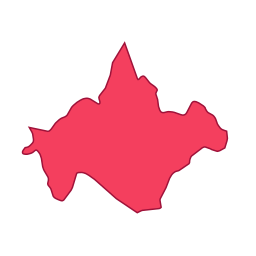 an SVG outline of Sidi Bou Zid, rotated 100°
{"feature_id": "TUN-113", "entity_name": "Sidi Bou Zid", "entity_type": "Governorate", "adm_level": 1, "iso_a3": "TUN", "parent_name": "Tunisia", "parent_adm1": "", "projection": "robinson", "projection_center": [9.5, 34.865], "detail": "fine", "context": "isolated", "style": "filled", "palette": "rose", "viewbox_px": 256, "rotation_deg": 100, "n_neighbors": 0, "source": "natural_earth", "source_scale": "10m", "svg_char_len": 2898}
<svg xmlns="http://www.w3.org/2000/svg" viewBox="0 0 256 256"><g transform="rotate(100 128 128)"><path d="M123.4,28.3L130.8,29.2L134.4,33.7L135.4,35.7L135.4,36.3L135.4,36.8L134.7,41.8L134.1,43.6L133.3,48.4L133.3,49.0L133.4,49.4L133.6,49.9L134.0,50.6L134.6,51.4L144.5,60.5L145.4,61.0L147.7,61.5L149.2,61.6L150.4,61.5L151.0,61.4L151.8,61.5L152.6,61.8L160.8,70.2L161.2,70.7L162.3,73.0L162.6,73.6L163.1,74.2L164.3,75.4L165.4,76.2L166.6,76.9L170.3,78.3L180.1,80.2L191.9,83.9L192.5,84.0L193.2,84.0L193.8,83.9L200.3,81.6L201.1,82.1L201.9,83.3L206.6,99.5L207.3,100.8L209.8,104.2L199.6,127.2L184.4,152.0L181.4,158.3L180.5,160.7L180.1,162.0L179.8,164.2L179.8,165.8L180.5,169.1L180.8,169.6L181.0,170.1L181.4,170.5L181.8,170.7L196.2,172.4L199.0,173.2L209.8,178.6L210.3,179.0L211.0,179.9L211.1,180.5L211.2,181.2L210.7,184.0L210.0,186.7L209.6,187.7L209.3,188.5L208.8,189.0L208.4,189.6L207.8,190.0L201.5,193.3L200.3,194.3L198.3,196.6L197.7,197.0L197.0,197.3L196.4,197.4L193.4,197.3L192.2,197.5L191.6,197.6L190.5,198.1L189.7,198.7L184.7,203.0L183.5,203.9L180.9,205.3L172.9,208.0L169.2,210.0L167.6,211.5L166.3,213.0L165.8,213.9L165.7,214.6L165.9,215.2L166.4,215.7L168.6,217.6L169.5,218.8L170.2,220.1L171.2,222.3L171.4,223.1L171.6,224.2L171.7,225.8L171.5,226.8L171.0,227.4L170.5,227.6L169.9,227.7L169.4,227.7L168.9,227.6L167.8,227.2L165.2,225.9L164.7,224.5L164.1,223.3L163.7,222.7L163.2,222.2L161.9,221.1L159.3,219.4L158.0,218.9L157.0,218.9L155.6,219.1L150.3,220.9L148.6,222.0L144.6,225.3L145.2,206.5L145.0,205.9L144.8,205.3L143.9,204.4L142.4,203.4L136.1,200.4L135.2,199.8L131.8,197.2L130.7,196.1L129.9,195.2L128.0,192.1L126.8,190.8L125.8,190.1L117.4,187.1L116.4,186.5L115.2,185.7L111.6,182.7L108.9,179.7L107.4,177.7L106.9,176.8L106.1,174.7L105.8,173.4L105.8,172.6L105.8,171.9L105.9,171.3L106.1,170.1L109.3,162.1L109.4,161.4L109.4,160.8L109.0,160.3L108.4,160.0L107.1,160.2L106.2,160.6L104.4,161.5L103.2,161.9L102.7,162.0L101.8,161.8L100.8,161.5L92.7,157.2L79.0,154.6L66.3,154.5L44.8,146.1L77.3,127.6L78.5,126.6L78.3,126.0L77.9,125.6L76.0,124.5L75.5,124.1L75.0,123.5L74.6,122.9L74.3,122.3L74.2,121.6L74.5,120.7L75.4,119.4L79.7,114.6L80.5,113.3L81.6,111.0L81.8,110.5L82.8,108.6L84.1,106.8L84.9,106.1L85.6,105.8L87.9,106.4L88.9,106.6L89.4,106.5L89.7,106.5L94.8,103.8L101.5,101.7L105.0,99.8L105.9,98.9L106.5,98.2L106.7,97.7L106.8,97.1L106.8,96.6L106.8,96.1L106.7,95.8L106.6,95.3L105.5,92.8L104.9,91.2L104.7,89.6L104.5,86.8L104.6,84.9L105.7,78.2L105.8,76.5L105.7,75.8L105.4,75.2L105.1,74.5L104.6,74.0L104.1,73.5L102.6,72.8L92.7,69.7L92.2,69.5L91.1,68.7L90.7,68.3L90.6,68.0L90.4,67.4L90.3,66.9L90.3,66.3L90.3,65.7L90.4,65.1L91.0,62.7L93.1,57.7L93.9,56.5L94.5,55.7L95.9,54.9L97.9,53.2L98.6,52.3L99.0,51.6L100.5,47.2L101.0,46.2L101.6,45.4L102.7,44.2L104.0,43.2L108.6,40.6L110.4,38.9L111.9,37.3L112.6,36.3L113.1,35.3L113.6,33.0L114.0,30.3L120.9,28.3L123.4,28.3Z" fill="#f43f5e" stroke="#9f1239" stroke-width="1.5"/></g></svg>